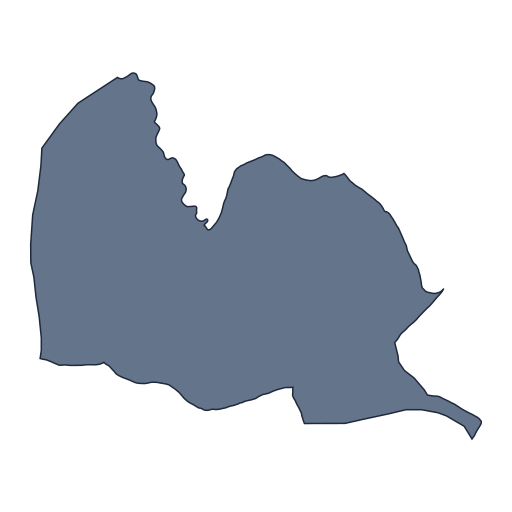 Hamelmalo, Anseba, Eritrea
{"feature_id": "51966322B61568027672815", "entity_name": "Hamelmalo", "entity_type": "district", "adm_level": 2, "iso_a3": "ERI", "parent_name": "Eritrea", "parent_adm1": "Anseba", "projection": "orthographic", "projection_center": [38.457, 15.915], "detail": "fine", "context": "isolated", "style": "filled", "palette": "slate", "viewbox_px": 512, "rotation_deg": 0, "n_neighbors": 0, "source": "geoboundaries", "source_scale": "gbopen_adm2", "svg_char_len": 6062}
<svg xmlns="http://www.w3.org/2000/svg" viewBox="0 0 512 512"><path d="M272.3,155.2L270.0,154.7L268.8,154.6L267.8,154.6L265.3,155.0L262.2,156.7L258.6,157.9L254.5,159.9L250.9,161.3L246.8,162.9L243.7,164.7L241.2,165.6L237.8,168.0L236.6,168.9L234.5,171.7L233.6,175.6L231.4,181.3L229.5,186.3L228.2,188.5L227.5,191.5L226.7,195.5L226.0,197.9L225.2,199.7L224.5,201.0L223.6,203.7L222.7,207.7L221.3,212.9L219.9,216.1L218.7,218.6L218.3,219.2L216.7,222.1L213.9,225.4L211.2,228.6L209.5,229.8L208.4,229.8L207.4,229.5L206.9,228.7L205.5,226.6L204.1,225.2L205.1,223.8L207.1,222.0L207.7,220.9L207.8,220.1L207.3,219.4L206.6,219.0L205.5,219.5L204.1,220.5L202.5,221.2L201.1,221.1L199.7,220.9L198.4,220.2L196.7,218.7L195.8,217.2L195.5,215.8L195.6,214.8L196.6,213.4L196.7,212.8L196.6,211.6L196.5,210.4L196.7,208.4L196.6,207.4L196.2,206.8L195.6,206.3L194.2,206.1L192.9,206.3L187.8,206.7L186.5,206.3L185.5,205.7L184.0,204.4L182.5,202.8L181.8,201.6L181.4,200.0L181.5,199.3L181.9,198.3L182.7,196.7L183.7,195.0L184.7,193.5L185.1,193.1L185.8,191.7L185.9,191.0L186.2,189.4L186.0,187.7L185.4,186.2L184.8,185.3L183.8,184.5L182.5,183.4L182.3,182.5L182.2,181.1L182.3,179.9L183.0,177.9L183.6,176.6L184.3,175.4L184.2,174.3L183.6,173.1L182.8,172.0L182.2,170.9L181.4,169.2L179.8,166.9L178.1,163.8L177.9,163.1L177.3,161.8L176.6,160.7L176.2,160.0L175.7,159.4L174.8,158.7L173.8,158.2L172.8,157.9L172.2,157.9L171.5,158.0L170.7,158.3L169.3,159.1L168.4,159.4L167.5,159.5L166.3,159.1L165.3,158.1L164.6,156.9L164.3,155.8L164.1,155.2L163.6,153.1L163.0,151.7L162.1,150.6L160.2,148.5L157.2,145.8L156.5,144.3L156.0,142.6L155.8,139.4L155.9,137.4L157.2,134.3L158.8,131.0L159.4,129.7L159.7,128.5L159.5,127.7L158.9,126.5L156.3,123.9L155.2,123.0L154.3,121.7L154.6,121.1L155.4,119.8L155.7,119.0L156.2,117.7L156.6,116.4L156.8,115.2L156.9,113.8L156.8,112.8L156.5,111.3L156.1,109.6L155.6,108.2L155.2,107.2L154.5,106.0L153.1,104.1L152.6,103.1L151.9,102.1L151.5,101.3L151.3,100.6L150.9,99.7L150.8,97.7L151.2,96.5L151.9,95.2L152.8,94.0L153.5,93.0L153.8,91.8L154.2,90.9L154.5,89.8L154.7,88.4L154.6,87.6L154.5,86.5L153.8,85.6L153.2,85.0L152.0,84.2L150.1,82.9L148.4,82.2L147.6,81.9L146.6,81.7L141.7,81.0L140.6,80.7L139.3,80.3L138.6,79.8L138.1,79.1L137.9,78.3L137.6,77.3L136.5,74.4L135.7,73.7L134.5,73.2L133.2,73.0L131.9,73.2L130.7,73.9L128.2,75.8L127.1,76.5L123.3,78.5L122.1,78.8L120.8,78.7L119.2,78.4L118.4,78.0L117.5,77.4L78.0,103.2L59.4,124.0L41.9,148.1L40.9,165.8L37.8,190.8L32.7,214.8L30.7,244.0L30.8,262.7L33.9,277.3L36.0,297.1L39.2,316.9L41.3,337.7L41.3,350.2L41.1,351.9L40.1,358.5L42.3,359.1L46.6,359.9L50.3,361.4L52.0,362.1L57.0,364.3L59.2,365.2L60.8,365.2L65.1,364.9L69.9,365.4L75.2,365.4L81.8,365.3L85.9,364.8L89.3,364.7L95.5,364.8L99.3,364.3L102.9,363.0L103.8,362.3L105.7,364.0L108.6,365.6L110.2,367.1L112.6,369.8L114.1,371.3L115.1,372.6L115.9,373.6L117.0,374.5L119.0,375.7L122.3,377.3L127.1,379.1L131.7,381.0L134.5,382.3L136.4,382.9L138.0,383.2L140.0,383.4L142.1,383.5L145.5,383.5L148.1,383.0L150.5,382.4L153.4,382.2L155.3,382.3L157.4,382.4L159.7,382.9L163.3,383.5L166.4,384.1L169.0,384.9L171.6,386.7L173.5,388.0L175.4,389.3L177.8,391.4L179.2,392.5L182.0,395.8L183.0,397.1L184.2,398.4L185.7,399.8L188.5,402.1L193.9,405.0L195.8,406.2L198.6,407.9L200.5,408.2L202.2,408.9L203.9,409.9L206.3,410.4L208.7,410.2L210.5,409.6L212.1,409.3L213.8,409.2L215.8,409.6L217.6,409.4L220.0,409.1L220.7,408.9L222.9,408.4L225.8,407.8L227.8,407.0L229.8,406.3L232.5,405.7L234.6,405.2L236.2,404.5L238.1,404.0L239.9,403.0L242.2,402.6L244.9,401.3L247.6,400.6L251.5,399.8L254.6,398.8L255.5,398.6L257.8,397.1L258.9,396.4L261.2,395.3L263.5,394.3L265.4,394.0L268.3,393.3L273.0,391.2L275.4,390.3L278.1,389.4L282.3,388.3L284.6,387.6L287.5,387.5L290.7,387.5L292.9,387.2L292.8,389.7L292.8,391.9L292.7,393.2L292.6,394.7L292.7,395.8L293.1,396.8L293.9,398.6L295.1,400.3L296.7,403.9L299.0,408.1L300.7,411.6L301.4,413.1L301.8,415.6L303.1,419.9L304.4,423.5L345.0,423.4L363.6,419.2L388.4,413.9L406.0,409.7L421.6,409.7L438.2,412.8L446.4,415.9L464.1,426.2L468.4,433.1L472.0,439.0L472.8,437.8L474.4,435.7L475.8,432.7L477.3,430.0L479.6,426.4L480.9,424.1L481.1,423.6L481.3,422.6L481.3,421.5L480.8,420.6L480.2,420.0L479.7,419.4L479.3,418.9L478.7,418.3L477.6,417.4L476.4,416.8L474.0,415.4L472.2,414.4L468.6,412.7L465.4,411.0L461.5,408.8L457.3,406.0L454.9,404.4L451.3,402.7L447.8,400.8L443.9,399.0L442.2,398.2L440.3,397.1L438.8,396.5L437.4,396.2L433.5,396.0L430.6,395.6L427.4,395.0L424.3,389.9L414.1,378.0L404.4,370.5L398.6,361.9L398.0,355.8L394.7,342.5L396.2,340.9L397.8,338.9L400.1,335.0L401.9,332.9L404.6,330.6L406.5,328.8L407.2,327.9L409.0,326.1L411.1,324.3L413.5,322.4L416.2,319.8L418.1,317.6L419.8,315.6L422.0,313.4L424.8,310.5L427.0,308.3L429.3,306.2L431.8,303.5L434.0,300.9L436.6,297.8L440.2,293.9L442.3,291.2L443.8,288.6L441.7,290.9L440.0,292.0L438.5,292.6L436.7,293.1L435.7,293.4L434.6,293.4L433.1,293.4L429.3,292.6L427.4,292.1L425.4,291.2L424.2,289.8L423.1,288.8L422.3,287.9L421.7,285.9L421.4,284.7L421.4,283.2L421.0,281.2L420.6,279.0L419.9,275.1L418.9,272.0L418.4,269.6L417.5,267.9L416.6,266.1L415.6,264.7L415.0,264.3L414.2,263.7L412.8,261.9L410.7,257.7L409.6,255.2L408.4,252.8L407.5,251.0L406.9,248.5L406.7,247.5L406.2,245.4L404.1,241.3L403.2,238.9L399.9,231.3L398.3,227.8L397.0,226.1L394.7,222.0L392.8,218.8L391.1,216.3L390.0,214.5L389.1,213.6L388.3,212.8L387.4,212.3L386.5,211.7L385.5,211.8L384.4,210.9L383.9,210.1L383.2,208.6L381.5,205.8L380.9,205.0L379.9,203.8L378.6,202.5L377.0,201.5L374.4,199.1L371.4,196.8L367.1,193.6L365.2,191.9L361.8,189.1L359.2,187.7L355.4,185.4L352.2,182.6L350.2,181.1L349.0,179.6L347.5,177.6L346.2,175.9L344.8,174.3L343.9,173.5L343.3,173.8L342.7,174.3L341.7,174.7L340.5,175.1L337.8,176.1L335.3,176.7L332.0,177.3L330.7,177.3L329.6,177.2L328.8,177.0L327.9,176.5L327.2,176.0L326.4,175.7L325.3,175.6L324.4,175.7L322.5,176.2L317.5,179.0L314.7,180.1L312.5,180.5L310.8,180.6L309.4,180.5L306.9,180.1L304.7,179.6L303.0,179.1L300.8,178.4L299.2,177.1L297.8,176.1L294.9,173.6L292.4,171.3L290.0,168.3L287.2,165.6L284.2,162.5L282.2,161.2L279.0,158.8L275.2,156.6L272.3,155.2Z" fill="#64748b" stroke="#1e293b" stroke-width="1.5"/></svg>